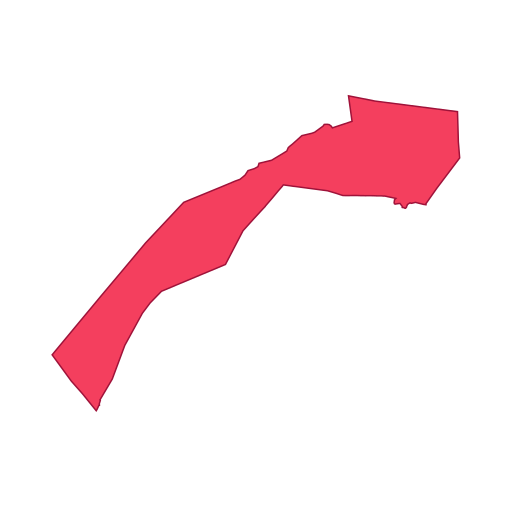 outline of Santiago Ihuitlán Plumas, Oaxaca, Mexico, rotated 284°
{"feature_id": "50627088B36889128097702", "entity_name": "Santiago Ihuitlán Plumas", "entity_type": "district", "adm_level": 2, "iso_a3": "MEX", "parent_name": "Mexico", "parent_adm1": "Oaxaca", "projection": "natural_earth1", "projection_center": [-97.441, 17.88], "detail": "fine", "context": "isolated", "style": "filled", "palette": "rose", "viewbox_px": 512, "rotation_deg": 284, "n_neighbors": 0, "source": "geoboundaries", "source_scale": "gbopen_adm2", "svg_char_len": 1744}
<svg xmlns="http://www.w3.org/2000/svg" viewBox="0 0 512 512"><g transform="rotate(284 256 256)"><path d="M101.8,146.3L137.5,150.3L173.0,159.6L184.8,164.6L198.9,172.8L208.5,185.6L240.4,228.4L277.4,237.3L291.3,244.7L303.2,251.2L306.4,253.0L306.7,253.0L316.2,257.8L325.1,262.1L326.0,262.6L329.2,264.2L329.5,264.4L331.6,265.3L332.4,272.5L332.5,273.5L332.7,275.6L332.9,276.8L336.6,309.6L336.2,318.7L335.8,323.9L335.8,324.5L335.7,325.6L336.1,327.4L337.0,331.1L338.1,335.2L339.1,339.2L339.8,342.5L340.6,345.8L341.0,347.7L341.4,349.1L342.2,352.3L343.0,355.8L343.7,359.2L344.7,363.2L345.0,365.2L345.3,366.2L345.4,368.3L345.4,368.9L345.4,369.1L345.6,374.1L345.7,377.3L345.7,377.8L344.1,376.8L341.2,377.1L340.6,377.4L340.2,377.7L340.0,378.4L340.1,378.7L340.3,379.1L341.5,382.0L341.8,383.1L339.2,386.2L338.8,386.4L338.5,386.3L338.5,386.8L338.7,387.9L338.4,388.6L338.5,389.5L339.7,390.2L340.3,390.1L340.5,390.1L341.4,390.4L342.3,390.4L343.6,391.3L344.4,392.2L344.7,392.4L344.8,393.1L344.6,393.7L345.4,395.5L346.6,397.7L346.6,398.5L346.6,401.2L346.6,406.1L346.8,407.9L346.8,408.2L346.8,408.5L347.0,408.5L347.0,408.4L347.5,408.1L365.6,415.1L400.4,429.9L415.8,424.7L420.9,423.3L426.6,421.7L444.8,416.6L435.1,333.8L433.8,307.0L409.9,316.6L398.8,299.1L400.2,297.6L401.2,295.2L401.0,293.2L400.2,290.4L398.2,289.6L390.3,283.0L388.6,280.5L383.9,271.4L373.4,264.3L370.8,262.3L369.0,261.1L365.3,260.5L352.7,248.0L346.7,236.5L343.2,236.3L340.4,233.3L336.9,227.6L331.8,225.8L326.5,221.9L323.7,217.7L314.5,205.4L290.6,172.9L242.0,145.7L204.2,127.3L179.3,115.1L169.5,110.4L143.6,97.9L110.8,82.1L89.9,107.1L80.4,120.9L67.2,138.4L68.8,138.9L73.0,139.7L73.3,140.2L74.7,139.7L78.2,139.9L78.6,139.4L101.8,146.3Z" fill="#f43f5e" stroke="#9f1239" stroke-width="1.5"/></g></svg>